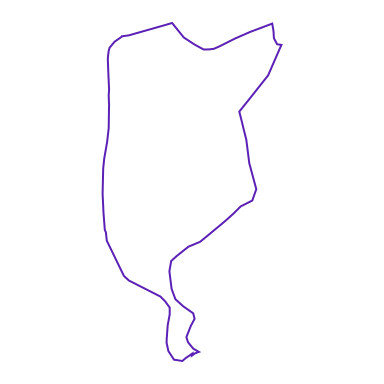 Yassin, Eastern Darfur, Sudan
{"feature_id": "16777658B43092158713843", "entity_name": "Yassin", "entity_type": "district", "adm_level": 2, "iso_a3": "SDN", "parent_name": "Sudan", "parent_adm1": "Eastern Darfur", "projection": "robinson", "projection_center": [25.585, 11.706], "detail": "fine", "context": "isolated", "style": "outline", "palette": "violet", "viewbox_px": 384, "rotation_deg": 0, "n_neighbors": 0, "source": "geoboundaries", "source_scale": "gbopen_adm2", "svg_char_len": 1443}
<svg xmlns="http://www.w3.org/2000/svg" viewBox="0 0 384 384"><path d="M190.2,327.5L190.7,326.1L194.6,318.8L193.2,313.3L183.2,306.3L175.4,299.2L171.6,288.9L169.4,271.3L171.2,261.0L176.6,256.1L188.4,246.7L200.1,241.8L208.4,235.0L214.9,229.6L225.8,220.5L234.1,213.0L235.5,211.6L240.7,206.4L252.3,200.5L256.3,189.2L249.3,163.3L246.3,139.7L243.3,127.8L242.2,123.1L239.3,111.6L249.3,99.1L268.1,75.4L281.4,44.9L277.2,44.3L277.1,44.2L274.0,38.4L273.9,37.6L273.7,34.9L273.6,32.2L273.5,31.8L273.4,30.3L272.3,24.2L272.2,23.6L264.3,26.6L250.2,31.9L235.1,38.5L219.6,46.3L213.9,48.8L209.1,49.4L203.6,49.5L194.5,44.5L183.8,37.5L172.1,23.0L163.9,25.4L128.6,35.4L122.0,36.3L122.0,36.5L121.6,36.8L114.6,41.7L110.2,47.0L109.7,47.5L108.7,50.8L108.3,53.8L107.8,58.9L108.5,77.4L108.6,78.4L108.7,81.0L109.0,87.8L109.1,89.4L108.7,95.4L109.0,104.0L109.1,104.5L109.0,107.4L108.9,114.6L108.7,128.1L107.5,138.6L107.1,142.2L106.5,145.5L104.3,158.1L104.0,160.5L103.9,161.9L103.2,168.4L102.7,189.6L102.6,193.9L103.5,212.9L104.8,229.8L105.2,230.8L105.9,232.4L106.2,235.3L106.8,240.7L108.5,244.2L123.9,275.9L129.0,280.6L160.5,296.6L165.2,301.4L169.7,307.6L169.7,314.4L167.7,325.3L166.7,339.0L166.6,342.9L168.4,351.1L174.0,359.7L175.5,359.9L182.3,361.0L185.6,358.2L186.3,357.6L186.5,357.6L187.2,357.1L191.9,353.8L192.1,353.7L192.4,353.5L192.0,355.5L195.1,353.3L198.9,351.9L193.2,348.6L188.0,342.2L186.4,337.1L190.2,327.5Z" fill="none" stroke="#5b21b6" stroke-width="2"/></svg>